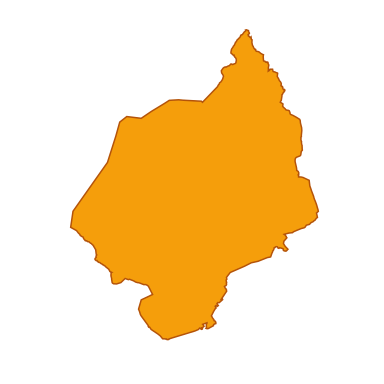 outline of Eidskog nor, Hedmark, Norway, rotated 160°
{"feature_id": "86288312B42722797095637", "entity_name": "Eidskog nor", "entity_type": "district", "adm_level": 2, "iso_a3": "NOR", "parent_name": "Norway", "parent_adm1": "Hedmark", "projection": "orthographic", "projection_center": [12.097, 59.991], "detail": "fine", "context": "isolated", "style": "filled", "palette": "amber", "viewbox_px": 384, "rotation_deg": 160, "n_neighbors": 0, "source": "geoboundaries", "source_scale": "gbopen_adm2", "svg_char_len": 5867}
<svg xmlns="http://www.w3.org/2000/svg" viewBox="0 0 384 384"><g transform="rotate(160 192 192)"><path d="M318.1,200.3L313.7,195.2L312.8,192.3L311.9,190.5L311.9,189.4L310.6,187.7L309.7,186.8L309.8,185.4L309.4,184.1L309.0,183.5L309.1,183.0L308.8,182.6L307.6,182.2L307.5,181.6L307.2,181.3L307.0,181.0L305.8,180.4L304.9,178.6L304.2,178.0L303.9,177.1L303.2,175.9L303.2,175.5L302.9,175.1L303.0,174.7L302.6,172.7L302.4,171.4L302.2,170.9L303.3,166.2L303.0,165.7L303.3,165.1L303.8,164.9L304.1,164.6L304.2,164.1L304.4,163.9L304.4,163.3L305.6,162.8L305.7,162.6L306.1,162.3L306.2,161.6L306.0,161.3L306.0,161.1L305.5,160.3L304.8,160.1L304.9,159.8L304.6,159.5L304.3,158.6L303.9,158.4L303.9,158.1L303.6,157.7L302.7,157.2L302.1,156.0L301.2,155.1L300.7,154.1L300.1,153.8L299.8,153.0L299.2,152.5L298.6,151.1L296.7,148.0L296.4,146.2L296.4,145.7L296.3,145.3L295.0,144.0L295.5,144.0L295.8,143.7L295.9,142.8L296.3,142.4L296.5,141.4L296.8,141.1L297.1,138.3L297.5,137.0L297.6,136.2L297.7,135.9L297.8,135.2L298.0,134.4L297.9,133.6L297.1,132.6L294.3,131.4L289.8,131.2L284.4,133.6L281.8,131.4L280.6,131.4L277.4,128.6L275.7,126.6L274.2,125.5L272.8,124.8L268.9,121.4L267.5,121.0L266.8,120.5L266.0,119.7L265.3,118.6L265.1,117.6L264.1,109.2L276.6,108.0L282.3,100.2L282.2,97.7L282.4,94.5L282.1,92.8L278.8,81.4L279.1,80.8L279.0,80.3L278.8,79.9L278.8,79.7L278.1,79.6L277.4,76.8L272.6,70.2L271.0,67.6L269.8,64.1L267.3,63.1L266.8,62.6L266.2,62.6L266.0,62.3L265.9,61.8L264.6,61.4L264.1,61.4L263.8,61.8L260.9,61.7L236.7,60.4L233.0,60.6L231.4,61.5L230.7,60.7L230.4,60.0L229.9,59.6L229.7,59.6L229.6,59.9L229.6,60.8L229.5,61.1L229.1,60.8L228.8,60.3L228.4,61.0L226.6,61.7L226.9,63.2L227.2,64.0L222.7,64.0L222.9,63.5L224.1,62.2L224.2,61.3L224.6,60.8L224.5,60.5L224.6,59.8L225.5,59.1L224.6,58.4L223.5,58.1L217.7,59.0L217.6,59.4L216.8,59.9L216.8,60.1L215.5,60.4L214.8,60.1L214.4,60.5L214.3,61.0L214.5,61.1L214.2,61.8L214.3,62.0L214.3,62.5L215.0,63.4L215.3,63.6L215.1,64.7L215.3,65.1L215.8,66.7L215.9,68.0L216.2,68.9L212.4,72.5L210.6,73.9L210.6,74.1L209.0,74.8L209.1,75.2L209.3,76.7L208.3,77.1L207.4,75.9L206.1,76.3L206.8,78.5L205.5,79.3L204.6,78.7L204.0,78.8L200.0,80.4L200.0,81.0L201.2,81.2L193.3,87.0L193.3,87.9L193.1,88.2L193.2,88.4L193.2,88.6L193.3,88.9L193.2,89.6L193.7,90.4L193.8,92.2L192.0,92.5L191.3,93.1L191.0,93.7L191.0,94.3L190.7,94.7L190.8,94.9L190.3,95.4L190.4,95.9L190.2,97.2L189.8,97.8L189.1,98.1L188.8,100.0L183.6,103.3L168.0,104.3L160.5,105.2L153.7,104.3L143.6,104.6L140.5,104.1L140.3,104.1L137.7,107.3L136.6,108.3L136.4,108.9L135.2,109.6L134.4,110.6L133.9,111.5L133.6,111.6L133.1,111.4L132.2,111.9L131.4,111.8L130.5,111.3L130.4,110.0L129.8,109.4L129.5,109.3L129.1,109.7L128.7,109.7L126.0,107.7L125.7,107.2L126.1,106.3L126.0,105.7L125.3,105.0L124.0,104.3L123.3,104.4L121.4,105.4L123.0,109.0L123.7,112.2L122.5,114.3L118.5,116.5L118.8,117.5L118.7,118.0L118.9,118.1L119.0,119.0L119.0,119.3L119.9,120.7L115.1,120.3L111.4,119.4L110.3,119.9L107.1,120.1L101.8,120.3L98.9,120.0L97.7,120.3L95.9,121.7L92.7,121.4L90.6,122.5L88.3,122.7L87.0,123.3L86.1,123.4L84.3,124.7L82.8,125.2L82.2,129.7L79.9,130.6L79.6,132.7L79.6,133.4L79.3,137.5L79.3,141.6L79.4,142.1L79.4,144.7L79.2,146.5L79.3,152.2L79.2,155.1L79.2,157.4L77.9,162.9L82.7,167.7L84.4,168.8L86.7,169.7L86.3,170.8L86.4,171.7L85.8,171.7L85.4,173.0L85.1,173.3L85.2,175.0L86.2,176.5L86.0,177.0L85.5,179.1L84.8,184.7L84.6,185.8L83.8,187.6L83.1,188.4L82.0,188.9L78.2,189.0L77.6,189.2L77.1,189.7L75.5,192.6L75.2,192.9L74.2,193.4L73.9,193.7L73.8,194.9L73.4,195.5L73.2,196.5L72.7,197.8L72.6,199.4L72.3,200.8L71.8,202.0L72.0,202.6L71.8,203.1L71.8,203.9L71.3,204.9L71.0,206.2L70.3,206.5L70.2,207.1L67.8,212.2L67.0,214.9L66.5,219.7L65.9,222.1L65.9,222.7L66.0,223.5L68.6,226.8L70.8,229.3L72.8,231.2L73.0,231.7L73.0,232.4L72.8,232.9L72.8,235.0L73.3,235.6L75.5,236.9L75.9,238.1L77.0,240.2L77.5,241.5L76.4,243.6L77.3,244.9L78.4,246.1L77.6,247.0L76.8,247.5L74.5,251.7L74.3,252.6L73.5,252.9L72.9,253.7L71.5,254.4L71.2,254.9L70.4,255.2L70.0,255.7L69.9,256.3L70.0,256.7L70.3,256.9L70.8,256.7L71.2,257.7L71.2,258.7L70.9,259.2L71.0,259.7L70.9,260.1L71.0,260.3L71.4,260.3L71.6,261.0L71.9,261.1L72.0,261.5L71.1,263.0L71.0,264.0L71.2,265.3L71.8,266.8L71.9,268.8L72.4,271.4L70.9,274.3L71.2,274.8L72.3,275.6L73.0,276.4L74.5,277.4L74.6,277.8L74.3,279.8L76.7,280.7L77.1,280.5L77.5,279.8L79.0,279.5L78.4,280.7L77.8,282.6L76.4,285.0L76.4,285.5L76.6,286.7L76.4,287.1L76.3,287.8L76.8,288.0L76.8,288.3L77.0,288.6L77.6,288.7L77.8,288.5L78.3,288.8L78.5,289.0L78.7,289.9L79.9,290.7L79.7,291.7L78.8,294.8L77.9,296.6L78.4,296.9L80.1,298.9L81.0,300.6L82.0,301.5L83.4,302.2L83.8,303.5L83.4,304.2L83.6,304.5L84.2,304.7L84.6,305.9L84.7,307.1L84.7,307.9L85.0,309.0L84.6,311.9L83.5,314.5L84.0,315.2L83.5,317.6L84.4,317.2L84.6,317.4L85.2,319.0L85.6,319.2L85.4,319.9L85.6,320.4L85.5,320.7L84.0,321.2L83.7,321.6L83.9,322.9L83.9,323.2L84.0,323.7L83.7,324.4L84.6,325.0L85.1,325.7L86.3,325.9L86.3,325.5L86.7,324.9L88.0,324.6L90.7,322.8L91.6,322.6L91.9,322.8L92.6,322.6L92.9,322.3L93.0,321.9L94.5,320.7L95.6,320.4L96.2,319.9L97.2,319.7L99.2,318.0L100.0,317.8L100.3,317.2L101.8,315.8L102.0,315.4L103.4,314.8L103.7,314.3L105.7,312.9L106.3,312.3L106.6,311.5L107.0,311.2L107.9,309.3L107.1,307.9L106.7,306.9L106.2,306.4L106.1,306.0L105.7,306.0L105.9,305.4L105.7,305.2L105.7,304.3L105.1,303.0L105.0,302.0L105.2,301.0L105.4,300.4L106.1,299.3L106.3,298.8L106.7,298.3L107.6,297.9L108.8,298.0L109.5,297.8L109.9,298.1L110.6,298.0L111.2,298.8L111.6,299.0L112.4,298.7L113.5,298.0L115.5,298.0L117.3,297.7L117.5,298.0L118.9,298.2L120.5,297.7L122.9,296.0L123.1,295.3L123.4,293.8L122.8,291.0L122.8,290.1L124.4,287.9L125.5,286.8L127.2,285.6L128.8,285.1L129.7,284.0L130.6,283.6L132.1,282.2L151.5,272.7L152.1,274.1L169.0,281.3L173.0,283.2L182.0,285.9L187.7,284.6L202.7,281.6L214.5,278.6L227.5,285.2L236.0,282.4L244.5,270.5L261.3,248.7L310.4,214.6L318.1,200.3Z" fill="#f59e0b" stroke="#b45309" stroke-width="1.5"/></g></svg>